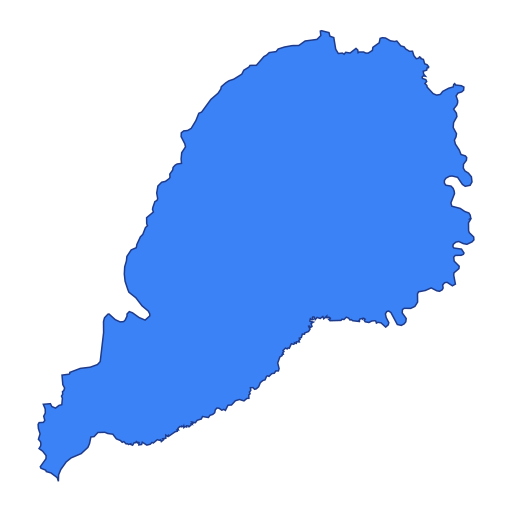 the district of Valencia, Córdoba, Colombia
{"feature_id": "7082276B67113151062555", "entity_name": "Valencia", "entity_type": "district", "adm_level": 2, "iso_a3": "COL", "parent_name": "Colombia", "parent_adm1": "Córdoba", "projection": "orthographic", "projection_center": [-76.176, 8.204], "detail": "fine", "context": "isolated", "style": "filled", "palette": "blue", "viewbox_px": 512, "rotation_deg": 0, "n_neighbors": 0, "source": "geoboundaries", "source_scale": "gbopen_adm2", "svg_char_len": 5983}
<svg xmlns="http://www.w3.org/2000/svg" viewBox="0 0 512 512"><path d="M69.8,372.4L69.8,373.6L69.0,374.2L62.0,375.1L62.8,384.6L64.6,388.0L63.8,390.6L62.5,391.6L62.7,394.3L61.5,396.1L62.4,398.2L61.8,404.7L59.0,405.4L55.5,408.1L51.8,406.5L50.4,403.7L43.3,404.3L45.2,408.9L45.3,413.1L43.7,416.2L44.8,420.4L43.4,422.4L39.1,422.6L38.1,424.4L38.4,428.6L40.1,433.8L38.4,439.3L40.5,441.7L40.9,443.8L40.7,445.9L39.0,448.6L42.7,451.2L46.1,455.6L46.0,458.7L40.3,466.7L40.9,468.2L45.7,470.2L46.3,471.6L50.9,472.9L57.2,477.6L58.4,481.3L58.6,474.8L60.8,469.5L66.2,461.9L71.1,457.9L81.2,453.6L87.9,447.4L89.5,443.6L90.9,437.0L94.1,436.6L97.9,432.5L104.9,432.3L107.7,433.5L112.8,434.2L116.4,438.9L120.4,440.5L122.2,442.3L123.8,441.6L126.1,443.9L127.5,443.7L128.5,444.5L130.8,443.7L130.8,444.5L132.6,445.2L134.2,442.7L135.8,442.7L136.3,441.6L137.6,443.0L138.3,442.9L138.0,442.3L139.1,442.5L138.8,444.9L141.6,444.5L142.3,442.2L146.8,445.1L150.3,444.2L152.0,442.4L153.3,443.0L157.3,439.7L159.5,440.3L160.6,439.8L161.3,441.6L163.6,439.7L162.8,438.7L165.8,438.3L165.8,435.1L167.9,436.5L168.4,435.3L169.0,436.0L175.1,431.8L177.3,431.2L177.2,430.3L178.0,430.1L177.3,429.7L178.2,429.3L177.8,428.5L179.8,426.5L181.6,426.8L181.8,426.1L183.4,426.8L183.7,426.1L183.9,427.5L184.9,426.5L186.6,427.0L186.6,425.8L188.4,426.0L189.0,426.8L191.1,425.0L191.1,423.8L192.3,424.3L192.0,423.3L193.0,423.1L192.1,422.1L195.4,422.7L197.1,420.3L201.3,419.0L202.5,416.5L208.4,417.5L210.0,415.3L212.8,414.4L214.7,412.7L215.3,409.8L217.0,408.0L219.0,408.2L221.8,410.2L223.8,409.4L225.4,410.4L228.0,405.2L231.5,405.0L235.4,400.7L239.5,399.5L244.0,400.9L246.9,398.4L248.9,398.3L248.8,394.9L250.1,393.8L249.4,392.1L250.8,390.4L250.4,387.7L253.1,387.6L254.5,389.3L256.2,388.9L258.6,386.8L260.3,382.7L262.7,380.6L265.1,379.8L266.5,376.4L267.7,375.8L269.0,376.4L271.8,373.6L274.4,373.2L275.7,371.0L278.4,370.9L279.1,368.6L277.7,363.0L279.9,356.9L282.1,355.6L282.1,354.4L283.3,354.2L282.7,352.6L283.9,351.6L283.0,350.5L285.5,348.1L287.2,348.9L288.1,347.9L289.3,348.2L291.4,343.7L293.4,344.3L294.6,343.7L294.5,342.7L296.3,343.3L296.4,341.8L299.3,341.9L298.8,340.5L300.1,339.3L299.3,338.2L301.4,337.5L302.3,334.1L304.5,334.2L304.7,333.0L308.5,331.5L310.0,329.2L308.6,326.2L309.2,326.0L310.5,327.4L312.0,326.5L311.1,323.5L313.4,322.1L310.0,321.3L309.9,320.5L310.4,318.7L311.9,319.8L313.2,319.5L312.4,317.7L312.9,316.9L314.1,317.0L315.2,319.6L317.1,317.4L320.2,318.5L322.8,316.5L323.7,318.8L326.7,316.1L326.5,317.6L329.0,317.2L330.4,318.2L330.4,318.8L328.6,319.2L330.0,320.7L341.0,320.4L342.0,319.2L344.0,319.5L346.3,317.2L348.6,318.1L350.0,320.0L351.3,319.6L352.6,320.7L360.0,321.6L358.2,320.5L359.3,320.7L359.9,319.0L362.6,318.4L362.6,319.1L363.8,318.3L365.1,319.2L364.2,320.3L365.2,321.8L368.9,322.5L371.8,321.0L374.9,320.7L375.8,321.1L376.4,323.1L378.0,322.3L381.1,322.9L385.7,327.1L388.2,324.9L388.8,322.7L386.2,317.6L385.4,313.9L386.7,311.6L388.6,311.0L390.9,312.5L397.3,324.5L401.3,325.4L404.1,323.9L405.8,321.8L406.2,318.5L402.2,312.9L402.5,309.5L404.3,308.3L410.7,308.4L414.9,306.4L417.6,302.1L417.5,293.8L418.6,291.8L425.3,290.5L431.2,287.9L436.8,290.8L439.6,291.3L442.3,289.7L443.1,288.0L442.7,284.9L444.6,282.7L447.1,282.3L452.4,285.8L455.4,284.1L453.7,275.1L454.0,272.8L458.9,268.6L459.2,266.2L454.2,261.2L453.7,257.2L455.3,255.4L461.2,255.3L463.4,254.3L464.0,253.0L461.5,249.1L453.9,248.0L452.9,246.7L453.2,244.4L455.9,242.1L458.8,241.5L463.3,243.6L466.9,244.3L472.0,241.9L473.9,239.9L473.7,237.0L469.3,232.7L468.6,230.7L468.5,222.8L470.8,219.0L469.9,218.9L470.8,218.3L470.2,215.1L468.9,213.0L464.8,211.5L460.2,208.4L451.8,206.2L450.9,202.9L454.5,193.6L454.2,191.1L453.1,188.3L451.0,186.1L445.8,185.2L444.4,183.1L444.4,180.5L445.9,178.2L449.4,176.3L452.1,176.0L457.6,177.3L462.4,184.4L465.2,186.3L470.1,185.3L472.0,181.9L471.4,176.8L468.4,173.1L465.0,171.0L463.3,168.1L463.5,164.2L466.4,160.3L466.7,157.6L465.4,155.9L461.0,154.5L459.3,150.1L455.4,144.1L454.4,140.1L456.0,136.9L456.5,133.7L453.2,127.5L453.6,122.6L456.9,116.6L456.4,113.2L453.6,109.1L456.8,105.1L457.6,102.9L457.7,100.7L456.1,95.9L458.0,93.1L461.7,91.9L463.6,90.2L463.9,87.1L461.3,85.7L455.6,85.0L454.7,83.6L453.7,84.5L453.2,86.9L448.7,88.2L442.7,91.4L440.4,94.4L436.6,95.1L433.1,93.6L427.1,87.1L426.9,85.5L424.9,83.5L426.7,81.5L425.8,79.6L422.5,78.5L422.1,77.1L423.4,75.8L425.4,76.2L423.7,74.2L423.2,71.3L426.7,70.1L427.2,67.6L428.5,67.7L428.7,66.8L427.1,64.7L424.7,63.8L423.4,59.4L420.9,58.6L420.7,57.5L419.5,56.9L418.6,58.2L416.3,58.7L413.9,55.7L412.5,51.2L409.5,51.3L405.7,49.0L404.1,46.8L400.8,45.9L396.8,41.0L394.7,41.5L390.4,40.8L385.5,38.0L382.4,37.7L380.1,38.4L379.2,42.8L372.9,47.3L372.4,50.4L368.2,53.1L365.8,53.1L363.6,52.0L359.3,52.0L358.1,52.7L357.8,50.1L356.0,48.4L350.1,53.0L345.7,52.3L344.1,54.2L342.4,53.1L338.3,53.5L335.7,49.2L333.8,37.6L329.9,36.2L329.0,32.6L321.5,30.7L320.3,31.1L320.8,35.6L317.0,39.4L305.1,41.0L298.8,45.5L292.2,45.6L284.5,47.0L278.2,49.0L276.1,51.6L269.2,52.6L266.6,55.1L263.9,56.6L256.4,65.3L250.0,65.4L248.9,67.1L243.8,70.2L241.8,74.2L233.7,79.2L228.9,80.8L225.8,82.8L221.3,86.7L220.8,89.1L218.1,93.2L210.9,99.4L201.6,112.1L198.8,113.3L195.9,120.6L191.2,128.4L187.6,130.5L183.7,130.9L181.3,132.8L181.1,136.6L184.8,143.8L185.5,146.9L181.7,152.7L181.1,159.0L181.5,163.4L177.1,164.0L175.1,165.2L173.1,167.4L172.7,170.0L169.8,174.1L170.0,177.3L169.2,178.6L165.4,181.4L161.7,182.2L157.9,186.0L156.7,193.0L157.7,198.7L156.9,200.5L154.9,201.6L153.0,207.0L152.5,209.3L153.4,212.0L146.6,217.7L146.7,223.7L147.5,225.7L145.5,227.5L142.8,234.4L140.4,236.8L136.9,244.4L136.3,247.7L131.2,249.9L126.9,256.4L126.4,261.0L124.7,266.8L124.3,274.0L125.1,281.3L127.7,289.2L128.9,292.2L135.9,297.8L142.0,305.8L148.3,311.1L149.8,314.0L149.8,315.9L145.1,320.1L139.0,317.5L132.5,312.8L129.3,311.6L127.0,314.0L127.0,316.2L125.1,320.2L123.6,321.6L120.1,321.9L115.3,319.7L109.0,314.0L107.9,314.2L104.5,317.8L103.5,321.6L103.6,332.6L100.2,361.6L97.4,364.6L90.2,367.2L80.3,368.4L69.8,372.4Z" fill="#3b82f6" stroke="#1e3a8a" stroke-width="1.5"/></svg>